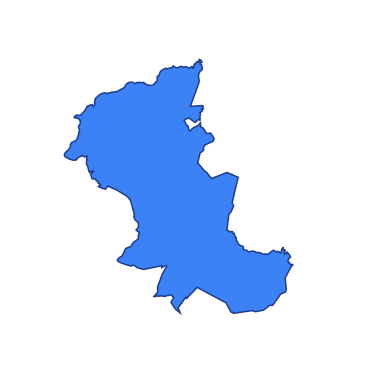 the district of Tetipac, Guerrero, Mexico, rotated 44°
{"feature_id": "50627088B33234056869880", "entity_name": "Tetipac", "entity_type": "district", "adm_level": 2, "iso_a3": "MEX", "parent_name": "Mexico", "parent_adm1": "Guerrero", "projection": "natural_earth1", "projection_center": [-99.695, 18.659], "detail": "fine", "context": "isolated", "style": "filled", "palette": "blue", "viewbox_px": 384, "rotation_deg": 44, "n_neighbors": 0, "source": "geoboundaries", "source_scale": "gbopen_adm2", "svg_char_len": 5975}
<svg xmlns="http://www.w3.org/2000/svg" viewBox="0 0 384 384"><g transform="rotate(44 192 192)"><path d="M55.6,216.8L55.5,217.5L55.2,218.2L55.2,218.6L55.3,219.9L55.8,220.3L57.1,219.3L58.3,218.8L58.6,218.3L59.7,218.0L60.6,218.4L60.8,218.2L61.1,218.3L61.5,218.1L62.2,218.6L62.5,218.6L64.1,220.5L64.3,221.2L64.5,223.3L65.3,224.1L66.6,224.9L67.4,225.0L68.5,226.0L68.7,226.7L68.8,227.5L69.9,228.5L72.3,233.0L72.4,234.2L72.7,235.8L71.1,239.9L71.2,240.9L71.5,242.2L72.4,243.1L73.2,244.5L73.5,245.5L73.8,248.6L73.5,251.5L73.6,252.2L74.2,252.7L74.2,253.6L74.4,254.0L75.5,254.7L76.3,254.7L81.0,253.5L83.9,252.0L86.3,249.8L86.4,248.0L85.9,247.0L86.1,246.7L86.6,244.9L87.1,244.1L87.5,241.9L88.5,242.0L88.8,242.0L89.2,241.5L89.9,241.6L90.4,241.4L90.7,241.0L91.2,239.3L91.4,239.1L92.1,239.5L92.9,241.1L93.3,241.5L93.7,241.6L96.3,245.0L97.3,245.5L100.3,246.6L101.7,247.7L103.8,248.8L104.9,249.1L105.1,247.0L105.9,246.4L106.0,245.8L106.3,245.4L106.8,245.3L106.9,246.3L106.5,248.4L106.7,249.6L107.1,250.0L108.6,250.5L109.9,251.5L110.8,251.7L112.3,251.0L113.2,249.8L115.4,250.3L117.1,249.7L117.3,249.8L117.7,250.5L118.2,250.8L119.2,250.4L120.0,250.5L120.8,250.0L121.3,250.3L121.5,250.8L120.7,252.3L120.9,253.0L122.1,252.8L127.8,250.2L127.3,246.2L129.3,245.5L136.1,243.0L147.7,240.3L150.5,240.3L154.0,240.9L166.2,248.2L167.1,250.0L168.2,250.8L169.1,250.8L170.2,251.6L173.4,251.5L175.6,252.0L177.4,254.1L177.9,255.1L178.2,256.3L178.1,258.1L180.6,258.1L182.2,257.6L183.6,260.6L185.3,262.1L185.8,263.4L184.9,269.0L185.1,271.0L185.8,272.6L185.8,273.5L183.5,278.7L186.1,286.3L185.3,289.8L185.2,291.3L185.6,292.9L186.1,293.3L189.2,292.7L194.8,290.2L199.7,287.5L200.5,285.9L200.4,285.7L201.1,285.0L205.2,284.5L210.9,281.4L221.4,266.1L222.8,267.5L223.1,267.1L223.3,265.0L224.5,262.6L225.4,262.8L227.7,271.9L230.3,277.6L233.1,284.2L236.9,287.8L237.2,293.6L238.3,292.9L238.6,291.5L240.2,290.4L240.8,289.3L241.4,289.2L241.8,288.2L242.1,288.0L242.3,287.5L243.4,287.3L244.3,286.3L245.2,285.9L245.2,285.5L245.6,284.8L245.8,284.1L247.5,282.1L247.9,281.2L248.5,280.7L248.8,280.0L250.8,280.8L251.3,280.4L252.2,280.7L253.5,286.0L261.6,287.8L267.5,287.2L262.5,285.0L260.6,271.9L262.1,272.3L262.0,257.0L293.5,248.1L303.3,251.3L304.0,251.1L304.9,250.1L306.0,250.6L317.3,236.0L319.0,234.8L320.6,234.3L325.5,227.3L326.4,222.0L326.2,220.2L328.8,217.4L326.7,204.0L328.7,198.8L327.3,196.4L318.5,189.0L317.8,185.8L316.5,181.8L315.0,175.6L315.3,174.6L314.9,174.2L314.5,174.3L313.8,175.4L312.4,175.8L311.6,175.9L311.2,174.9L310.2,175.7L309.7,175.6L308.9,174.7L307.8,172.6L308.2,170.4L308.0,170.2L304.1,169.1L303.1,169.8L302.7,169.7L302.3,169.2L301.7,169.8L302.1,172.2L301.5,172.6L300.9,172.1L299.8,170.7L299.6,169.3L298.9,169.1L297.7,169.9L296.2,168.6L296.0,169.2L296.3,170.7L297.4,172.7L298.2,173.8L297.6,174.6L296.3,174.7L295.1,174.9L294.6,175.5L294.1,176.7L291.1,177.3L290.6,179.0L289.8,183.7L289.6,184.7L288.4,185.0L286.6,187.0L285.5,187.8L284.1,187.9L283.1,188.4L282.6,189.2L281.4,189.5L280.3,190.9L278.1,191.4L276.9,192.2L275.6,193.7L274.6,195.5L273.7,195.9L272.0,195.9L271.3,196.1L270.4,197.1L269.5,197.7L269.1,197.8L268.1,196.4L266.9,195.8L265.9,195.8L264.0,196.9L262.5,197.1L260.6,196.9L259.1,196.1L257.0,195.9L256.7,195.2L255.7,194.2L252.7,193.6L251.3,192.5L250.9,193.3L250.2,193.2L248.7,192.3L248.0,192.8L247.6,193.4L247.6,194.1L247.2,194.4L246.3,194.3L243.7,195.3L234.7,183.4L233.9,181.6L234.0,179.7L231.7,173.1L228.6,172.1L221.5,160.5L215.1,149.4L208.9,151.5L203.6,153.7L196.7,168.7L188.6,167.7L186.3,168.2L182.4,167.7L175.9,167.1L170.6,158.1L171.2,156.4L171.1,155.8L171.4,154.1L169.4,152.0L168.6,149.8L169.9,145.7L171.8,141.5L171.7,140.6L171.3,138.8L169.4,137.8L168.3,137.4L165.1,136.9L164.4,136.7L164.1,137.0L163.8,137.7L163.4,137.9L163.2,138.5L161.7,139.8L161.5,139.6L159.0,139.1L158.1,138.7L155.5,138.3L154.1,138.8L152.6,139.0L152.7,138.7L152.3,138.2L151.0,137.5L149.9,136.2L149.7,136.2L150.1,137.1L150.0,137.5L150.3,137.7L150.3,138.9L150.0,139.4L150.0,139.9L149.8,140.4L149.9,140.7L149.7,141.7L149.0,143.0L148.4,144.9L148.5,145.2L148.1,146.1L148.2,148.4L147.9,150.0L145.5,148.8L143.7,147.4L141.1,147.5L136.4,145.9L137.9,141.1L145.9,139.8L146.2,135.3L147.5,135.1L147.9,134.4L147.3,134.3L146.7,133.9L146.4,133.0L145.6,132.6L144.7,131.7L144.5,130.6L142.6,129.4L142.9,128.5L142.7,128.5L143.0,127.2L142.9,126.8L143.0,126.4L142.2,125.5L142.4,124.7L141.2,125.5L141.2,124.6L140.9,123.1L140.8,122.8L140.2,122.4L139.4,122.6L131.3,131.5L121.8,110.1L120.1,107.2L116.7,104.6L116.0,103.7L115.4,103.4L113.9,99.6L114.2,98.3L114.2,96.6L111.0,94.0L110.4,93.9L109.2,94.1L108.9,94.3L108.2,93.4L107.7,93.2L108.8,92.5L109.0,91.8L108.3,91.8L108.0,91.2L107.4,90.8L107.3,90.4L107.2,90.8L106.7,91.2L105.3,91.5L105.3,92.4L106.4,94.0L106.2,94.5L105.1,94.8L104.9,95.2L105.5,97.5L105.0,97.8L104.9,98.5L105.0,98.9L106.9,101.1L107.1,101.7L107.0,102.2L106.4,102.2L106.0,102.0L106.0,101.6L105.6,101.6L105.1,101.6L104.7,101.8L104.2,103.7L104.1,104.6L103.6,105.2L101.6,105.5L100.3,106.5L99.3,108.1L97.4,108.7L96.5,109.8L95.9,111.0L95.4,112.6L94.8,113.1L93.0,114.1L91.9,114.4L91.1,114.2L90.8,114.4L91.4,116.2L89.5,118.7L88.8,120.8L88.0,120.7L87.2,121.0L86.9,121.8L86.8,122.6L86.0,124.1L85.6,126.5L85.8,128.0L86.7,130.0L87.1,130.5L87.3,131.2L86.9,132.0L86.7,132.8L86.8,133.3L88.8,135.1L89.8,136.5L89.8,137.1L89.5,137.9L89.7,138.7L89.7,142.1L88.6,143.8L86.3,145.4L84.2,146.5L81.1,146.7L80.8,146.9L80.7,147.4L80.4,148.0L78.3,149.3L77.7,149.8L77.5,150.9L76.6,151.2L76.0,151.9L76.0,152.9L75.9,153.6L73.4,154.2L72.3,154.9L70.6,156.6L69.9,159.1L69.9,160.8L70.1,161.8L70.6,162.7L70.7,163.7L70.5,164.6L68.9,169.7L68.5,171.6L66.1,174.7L64.9,176.0L64.6,176.6L64.4,177.5L63.2,178.8L62.5,180.3L60.7,180.9L60.4,181.2L58.8,183.6L58.5,184.4L58.2,185.8L57.6,187.4L57.8,188.8L57.5,191.6L57.8,192.4L60.1,195.8L60.6,195.8L61.6,197.2L61.9,198.1L61.9,198.7L61.8,198.9L60.7,199.0L59.8,198.3L59.0,199.0L57.9,201.7L57.3,201.9L57.3,204.3L58.4,207.8L58.4,211.0L58.7,212.5L58.6,213.2L57.9,215.0L55.6,216.8Z" fill="#3b82f6" stroke="#1e3a8a" stroke-width="1.5"/></g></svg>